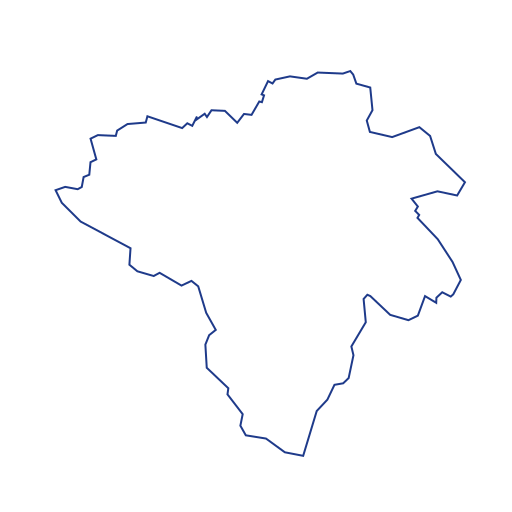 the district of Dolneni, Dolneni, North Macedonia, rotated 186°
{"feature_id": "65306769B25269203277023", "entity_name": "Dolneni", "entity_type": "district", "adm_level": 2, "iso_a3": "MKD", "parent_name": "North Macedonia", "parent_adm1": "Dolneni", "projection": "orthographic", "projection_center": [21.418, 41.482], "detail": "fine", "context": "isolated", "style": "outline", "palette": "blue", "viewbox_px": 512, "rotation_deg": 186, "n_neighbors": 0, "source": "geoboundaries", "source_scale": "gbopen_adm2", "svg_char_len": 1389}
<svg xmlns="http://www.w3.org/2000/svg" viewBox="0 0 512 512"><g transform="rotate(186 256 256)"><path d="M188.2,62.2L179.4,108.2L170.0,120.6L164.5,136.1L156.0,138.5L151.1,144.3L148.7,167.5L151.7,176.0L139.9,201.6L144.5,224.5L141.2,229.1L138.1,228.1L116.4,211.5L97.7,208.1L88.8,213.6L83.7,233.8L71.9,228.3L72.2,233.4L67.0,239.4L58.1,236.0L55.8,238.5L49.8,253.6L59.9,270.6L77.0,291.7L99.4,310.8L98.0,313.9L102.4,317.5L100.2,322.1L107.3,329.3L82.3,339.3L62.3,337.2L55.9,351.2L87.8,376.3L95.4,393.6L107.0,401.2L133.0,388.5L155.7,391.3L160.0,402.3L155.4,413.2L160.0,435.5L174.2,437.9L178.3,446.6L181.6,449.8L188.7,446.5L213.8,444.9L223.9,437.6L241.0,438.2L255.2,433.5L257.6,429.3L262.3,431.2L267.3,417.3L264.8,416.6L266.2,409.6L268.9,410.0L275.2,395.9L282.8,396.0L288.6,386.5L302.1,397.1L315.5,396.3L319.3,389.1L321.9,392.1L330.7,384.3L329.3,388.6L333.0,378.8L338.2,380.8L342.8,375.5L378.6,383.6L379.6,377.2L397.6,373.8L407.2,366.2L408.0,360.8L425.9,359.7L432.8,355.4L424.9,335.4L430.4,332.0L430.3,319.4L435.7,316.5L436.5,306.4L440.3,303.8L453.0,304.8L462.2,300.5L454.7,288.6L434.0,271.9L381.6,250.6L381.0,234.1L372.4,228.4L355.7,225.4L350.1,229.2L327.0,218.8L317.6,224.5L310.3,219.8L299.6,194.3L288.3,178.3L294.3,172.4L297.1,162.6L293.3,139.7L269.7,121.6L269.9,115.4L252.7,97.3L253.8,85.6L247.4,76.6L227.0,75.5L206.8,63.8L188.2,62.2Z" fill="none" stroke="#1e3a8a" stroke-width="2"/></g></svg>